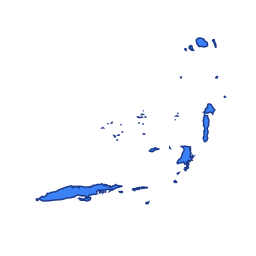 Kepulauan Selayar, Sulawesi Selatan, Indonesia, rotated 261°
{"feature_id": "22746128B1615833901652", "entity_name": "Kepulauan Selayar", "entity_type": "district", "adm_level": 2, "iso_a3": "IDN", "parent_name": "Indonesia", "parent_adm1": "Sulawesi Selatan", "projection": "natural_earth1", "projection_center": [120.768, -6.627], "detail": "fine", "context": "isolated", "style": "filled", "palette": "blue", "viewbox_px": 256, "rotation_deg": 261, "n_neighbors": 0, "source": "geoboundaries", "source_scale": "gbopen_adm2", "svg_char_len": 5789}
<svg xmlns="http://www.w3.org/2000/svg" viewBox="0 0 256 256"><g transform="rotate(261 128 128)"><path d="M67.7,78.9L67.9,84.4L67.4,85.7L67.7,86.8L70.3,87.3L71.2,88.7L71.1,89.6L70.3,90.6L70.9,91.7L70.3,95.3L70.6,98.5L70.3,100.0L69.6,100.9L68.5,100.0L69.2,102.0L70.1,102.2L70.0,102.9L69.2,102.5L69.2,103.1L70.5,106.4L71.5,113.4L72.4,109.8L73.4,107.7L74.1,107.1L72.9,104.7L73.2,104.0L72.3,102.4L72.8,101.8L72.6,101.2L73.0,101.5L73.7,101.2L73.6,100.0L74.4,98.9L74.1,98.1L75.2,98.1L75.4,96.8L74.8,96.3L75.8,95.9L75.2,94.8L76.9,93.8L76.6,90.5L77.0,89.7L77.0,88.3L76.5,86.6L76.9,84.6L76.0,84.3L76.1,83.2L75.5,81.8L76.0,81.6L75.7,81.2L76.0,80.9L75.7,80.1L76.2,78.8L75.9,77.7L77.9,71.8L77.9,71.0L77.0,70.5L78.1,70.3L77.4,68.7L77.8,68.4L78.3,68.6L78.5,68.0L78.3,66.6L78.6,66.5L78.8,65.5L78.2,64.8L78.7,64.9L78.5,63.5L79.2,63.8L79.8,62.5L78.9,55.3L78.2,54.0L78.4,53.1L77.7,49.9L76.9,48.3L76.4,46.1L76.4,41.9L75.7,39.3L76.1,38.3L75.5,37.3L74.6,37.4L73.3,34.8L73.3,33.3L73.9,32.4L72.4,29.6L71.2,29.7L69.3,32.3L68.5,38.5L68.4,43.7L67.7,51.4L68.4,57.5L68.0,60.5L68.4,61.8L68.2,63.0L68.4,64.4L69.7,67.0L69.5,68.7L67.9,72.3L68.2,72.6L67.9,74.8L66.2,75.5L66.4,76.5L65.8,76.9L66.4,76.9L66.1,77.6L67.7,78.9ZM86.2,171.0L85.0,171.4L85.7,177.1L85.0,177.3L84.4,178.6L83.8,178.5L84.1,179.2L83.5,179.5L84.9,180.3L85.0,182.3L85.7,181.5L86.5,182.4L86.4,183.0L85.6,183.1L85.9,183.9L85.4,184.0L86.4,185.3L86.2,186.2L87.0,185.8L88.3,186.6L88.8,187.6L89.4,187.5L89.9,188.3L89.9,187.8L90.9,187.4L89.8,185.8L88.4,185.7L89.1,184.9L91.1,185.1L92.4,185.6L92.8,186.3L95.7,185.8L96.3,186.4L97.4,185.7L97.6,186.0L97.7,185.8L98.5,185.9L98.7,186.0L98.3,186.0L98.5,186.5L99.2,186.1L99.5,186.5L100.6,182.9L101.1,182.2L101.4,177.8L99.3,179.9L98.1,180.1L96.9,179.7L94.5,177.8L90.3,175.9L88.8,173.2L86.2,171.0ZM104.9,200.8L102.7,201.4L102.4,202.2L103.4,204.0L105.7,205.2L107.8,204.6L110.1,206.0L111.8,206.5L115.5,206.2L118.2,208.2L120.2,208.3L123.0,209.2L126.1,208.4L127.7,208.5L127.7,207.5L128.9,205.5L123.0,203.3L122.0,203.6L119.0,203.3L118.7,202.9L117.7,203.5L114.6,203.7L112.8,202.3L111.9,202.6L110.2,202.3L108.1,201.8L106.7,200.8L104.9,200.8ZM203.5,209.0L200.2,209.3L199.8,209.9L199.0,210.0L198.7,210.5L197.7,210.6L197.3,211.1L197.1,214.1L196.3,215.0L196.2,217.4L196.4,218.6L197.2,219.5L199.8,219.6L201.9,217.6L204.0,216.6L205.6,213.6L205.7,211.4L204.6,209.4L203.5,209.0ZM132.1,206.0L130.6,205.9L130.3,208.9L130.8,211.3L130.7,212.6L128.6,213.8L129.6,214.2L132.3,216.6L134.8,215.0L138.1,213.7L139.1,212.1L138.9,210.7L137.1,209.8L135.8,209.8L135.1,207.8L133.9,207.1L133.0,207.5L132.1,206.0ZM66.1,68.4L65.4,69.5L64.6,69.4L64.0,70.3L63.4,74.1L62.7,74.9L62.4,76.9L63.1,79.5L63.9,79.4L64.6,80.2L65.2,80.0L65.9,78.8L65.1,77.1L65.4,76.0L64.8,72.3L65.3,71.2L65.1,70.4L65.9,70.0L66.4,68.9L66.1,68.4ZM101.9,145.6L100.8,147.9L101.0,149.5L102.0,150.4L102.4,155.7L103.0,153.7L104.2,151.7L103.7,150.1L103.5,147.4L101.9,145.6ZM197.9,201.0L197.9,201.5L197.3,201.2L197.0,201.7L196.4,201.5L195.5,203.0L194.8,202.9L194.5,204.8L197.2,203.9L199.1,203.9L199.6,202.3L198.7,201.3L197.9,201.0ZM66.8,122.9L65.9,123.5L65.7,124.7L65.2,124.9L66.0,125.8L65.7,129.7L67.2,130.2L67.5,127.7L67.1,126.5L67.1,123.4L66.8,122.9ZM201.3,225.2L197.4,226.8L196.5,226.5L195.2,227.3L194.1,227.1L194.1,227.5L197.1,227.8L198.9,227.1L201.7,226.9L202.0,226.0L201.3,225.2ZM79.2,179.4L78.5,180.2L79.4,181.6L80.7,181.0L82.0,181.5L82.1,182.1L82.6,182.5L83.3,182.4L84.2,181.3L84.1,180.3L82.0,180.5L81.3,179.9L79.5,179.9L79.2,179.4ZM67.0,131.3L66.1,131.8L66.0,138.5L67.4,133.6L67.3,132.2L66.8,131.7L67.0,131.3ZM68.2,165.2L67.1,165.4L66.6,167.0L66.9,167.6L68.7,166.6L68.2,165.2ZM50.8,133.9L50.3,134.4L50.3,136.2L51.5,136.7L51.2,136.2L51.6,135.8L51.5,134.3L50.8,133.9ZM72.1,26.3L71.0,26.3L70.5,27.5L71.6,28.2L72.2,27.9L72.1,26.3ZM164.2,222.7L163.6,222.8L163.5,223.7L164.7,224.4L164.9,223.6L164.2,222.7ZM66.5,109.6L65.6,110.1L65.3,112.3L66.0,112.4L66.4,111.7L66.3,110.2L66.5,109.6ZM78.4,177.5L76.9,177.8L77.0,178.7L78.2,178.8L78.4,177.5ZM69.4,90.2L68.3,89.7L68.7,90.9L69.2,91.2L69.9,90.8L69.6,90.0L69.4,90.2ZM197.2,196.5L196.5,196.6L195.6,197.4L196.5,197.9L197.1,197.6L197.2,196.5ZM144.1,228.1L142.6,228.3L143.9,228.5L143.1,229.7L144.1,228.5L144.1,228.1ZM122.7,112.9L122.3,113.0L120.6,114.2L122.1,113.9L122.7,112.9ZM75.3,169.5L74.7,169.9L76.0,171.5L76.0,171.0L75.3,169.5ZM137.9,138.4L136.6,140.9L136.4,141.6L136.5,141.8L137.9,138.4ZM69.4,93.7L68.1,93.4L68.7,94.1L69.4,93.7ZM170.0,188.6L170.0,188.1L169.5,187.8L169.3,188.3L170.0,188.6ZM79.2,178.7L79.0,178.3L78.9,179.3L79.5,179.2L79.8,178.4L79.2,178.7ZM119.8,142.5L119.3,142.7L119.4,144.0L119.8,142.5ZM68.3,95.4L68.1,96.0L67.8,96.0L68.8,95.9L68.3,95.4ZM69.6,91.6L68.7,91.5L68.5,91.8L69.5,91.9L69.6,91.6ZM136.3,144.7L136.6,142.1L136.5,141.9L136.3,144.7ZM122.6,118.7L122.6,117.4L122.5,117.2L122.3,118.0L122.6,118.7ZM139.5,143.4L139.5,143.0L139.5,143.4L139.1,143.3L139.0,144.3L139.1,144.0L138.9,144.6L139.0,144.9L139.5,143.4ZM136.3,147.1L136.3,146.0L135.9,147.9L136.3,147.1ZM101.4,166.4L102.2,166.2L101.7,166.0L101.4,166.4ZM132.1,178.7L132.5,178.2L132.3,177.6L132.1,178.4L132.1,178.7ZM134.6,180.1L134.7,179.3L134.6,178.8L134.5,179.6L134.6,180.1ZM83.2,178.4L83.4,177.7L83.2,178.4ZM125.0,122.6L125.1,122.2L125.0,121.1L124.9,121.7L125.0,122.6ZM129.9,143.9L129.6,142.9L129.5,143.5L129.9,143.9ZM132.3,122.1L132.5,121.5L132.4,121.1L132.3,121.6L132.3,122.1ZM136.0,113.2L136.0,112.8L135.6,112.5L135.7,113.1L136.0,113.2ZM117.6,116.3L118.0,115.1L118.0,114.6L117.6,116.3ZM132.0,103.5L132.3,103.2L132.1,102.8L132.0,103.5ZM128.8,176.3L128.9,176.0L128.9,175.5L128.8,175.8L128.8,176.3ZM131.3,139.4L130.6,139.3L131.3,139.5L131.3,139.4ZM135.7,109.5L135.3,108.7L135.1,108.3L135.7,109.5ZM132.7,206.6L132.1,205.7L132.1,205.8L132.7,206.6ZM142.6,146.1L142.7,145.5L142.7,145.4L142.6,145.8L142.6,146.1Z" fill="#3b82f6" stroke="#1e3a8a" stroke-width="1.5"/></g></svg>